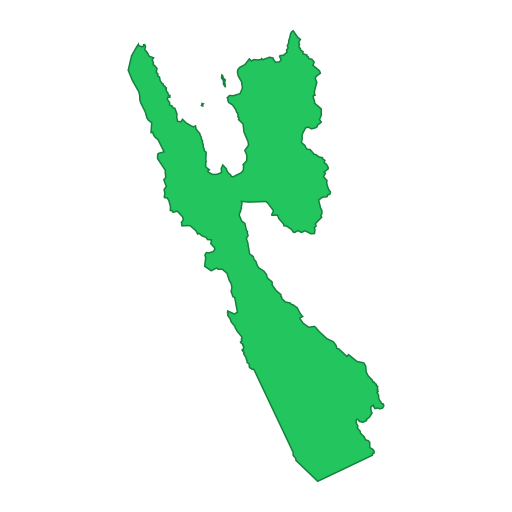 the district of Sveitarfélagið Skagafjörðu, Norðurland vestra, Iceland
{"feature_id": "244011B28940040244957", "entity_name": "Sveitarfélagið Skagafjörðu", "entity_type": "district", "adm_level": 2, "iso_a3": "ISL", "parent_name": "Iceland", "parent_adm1": "Norðurland vestra", "projection": "mercator", "projection_center": [-19.345, 65.497], "detail": "fine", "context": "isolated", "style": "filled", "palette": "green", "viewbox_px": 512, "rotation_deg": 0, "n_neighbors": 0, "source": "geoboundaries", "source_scale": "gbopen_adm2", "svg_char_len": 6010}
<svg xmlns="http://www.w3.org/2000/svg" viewBox="0 0 512 512"><path d="M321.3,122.2L319.5,119.6L321.3,115.3L321.2,108.8L314.6,103.2L314.6,101.4L313.1,96.9L313.3,95.8L315.1,95.2L314.4,93.5L314.6,90.6L316.8,82.4L315.2,78.1L316.3,76.3L320.4,73.2L319.5,70.8L312.9,65.3L314.2,62.1L311.8,59.2L309.1,58.7L308.2,56.9L307.2,56.5L306.9,55.0L303.1,53.8L302.7,52.6L303.2,51.8L300.5,50.0L300.5,48.7L298.9,46.8L299.5,44.5L298.7,42.1L300.4,39.4L297.4,37.0L293.2,30.7L291.4,32.1L290.4,34.4L289.8,37.6L288.7,40.5L288.7,42.8L287.3,45.8L288.1,48.0L286.5,50.1L287.1,52.1L283.4,55.3L280.0,55.6L279.6,56.7L281.2,59.5L279.4,61.9L275.7,62.3L273.7,59.9L273.0,58.0L269.5,57.2L263.0,59.7L261.6,58.6L261.3,59.4L258.2,60.0L253.6,59.6L251.4,61.0L249.3,58.9L244.8,64.7L239.8,67.3L237.8,69.7L237.4,72.0L238.2,75.9L241.6,81.9L242.4,88.2L240.1,93.6L233.3,95.7L229.5,95.5L227.2,97.8L227.9,98.3L227.9,100.5L228.6,102.4L232.6,105.0L235.6,109.4L236.7,112.3L237.6,112.7L237.6,114.1L238.3,114.8L237.8,116.6L239.2,118.2L238.5,119.6L243.0,123.8L244.0,132.1L248.1,141.8L248.5,145.3L244.8,150.4L246.9,155.4L246.7,160.7L243.0,164.7L243.6,165.7L243.3,170.2L241.3,172.7L232.9,176.9L231.3,176.3L230.6,174.8L228.4,173.1L227.0,171.0L226.4,168.9L222.8,165.0L221.2,168.6L221.6,172.3L220.4,173.0L216.6,174.4L212.5,174.4L208.1,172.0L207.8,171.0L208.2,170.2L207.8,169.9L209.1,170.8L208.8,170.3L209.4,169.8L206.1,167.3L205.7,165.8L205.7,162.8L206.2,161.7L205.8,159.7L206.2,152.3L204.3,150.6L204.0,148.3L203.3,147.1L203.2,144.5L202.4,142.6L202.5,140.7L201.7,139.8L201.1,136.9L199.9,134.6L200.0,133.8L196.1,129.1L195.5,125.9L193.6,126.9L190.4,125.5L185.9,122.7L182.5,119.3L180.9,121.8L177.5,121.3L176.7,117.0L177.0,114.1L174.9,108.3L173.3,108.0L171.9,105.8L169.6,105.1L169.6,102.5L167.3,99.3L168.0,97.1L169.9,97.3L169.9,95.4L168.5,95.1L167.6,92.3L167.0,92.1L166.1,89.9L166.4,88.0L165.6,88.0L165.0,86.3L163.4,85.6L163.2,83.9L162.1,83.5L160.2,80.8L159.5,77.0L157.6,75.8L157.9,73.9L156.0,72.0L156.5,71.3L156.8,70.0L156.6,69.1L157.0,68.6L154.7,65.6L153.2,64.7L153.4,62.7L152.2,59.8L153.6,57.8L149.2,56.3L147.4,52.6L146.7,52.6L146.5,51.4L144.7,49.8L145.5,46.6L144.7,44.6L143.6,44.7L143.4,46.2L142.5,46.8L138.8,45.8L138.4,44.2L136.7,46.8L131.6,55.7L128.2,70.2L132.5,80.7L138.8,91.7L139.7,95.7L139.8,99.6L140.5,102.4L145.2,111.8L147.0,118.1L148.3,120.1L151.7,122.7L151.0,132.6L152.8,132.4L153.2,134.2L154.7,136.8L158.1,139.8L164.1,151.8L158.4,153.4L157.7,154.3L157.5,158.5L165.4,170.4L165.2,172.4L165.8,177.3L163.8,179.8L166.4,186.5L164.1,189.4L164.9,193.8L164.2,196.8L164.9,197.8L167.2,197.8L168.9,200.8L170.4,206.2L170.3,210.6L171.9,210.5L173.0,212.3L177.3,211.2L182.7,217.0L183.3,219.9L181.4,222.4L181.8,223.9L181.8,225.8L190.0,225.6L195.8,230.6L197.7,234.1L199.2,233.4L201.8,235.7L206.1,237.4L207.6,239.6L211.5,239.9L210.8,243.7L214.5,247.7L214.8,248.8L214.5,250.1L212.8,251.8L208.3,252.9L206.7,252.5L205.5,253.6L204.9,255.4L205.7,257.4L204.7,266.3L211.2,270.8L216.6,268.0L218.2,269.3L222.2,269.2L227.0,273.3L229.0,279.8L231.3,284.0L231.9,288.0L231.1,291.5L233.0,296.8L234.7,297.5L237.4,312.2L234.5,314.0L227.7,311.0L227.5,313.0L228.1,313.7L227.7,315.3L230.1,318.8L231.3,322.1L235.0,326.5L235.2,327.8L237.7,331.9L241.8,336.8L241.9,338.5L241.3,339.1L241.9,340.7L240.5,342.0L240.6,342.6L242.7,344.0L243.0,344.5L242.6,345.0L243.9,347.1L243.4,348.1L243.4,349.6L242.4,349.6L242.7,350.3L242.3,350.5L244.3,353.0L243.7,353.8L246.0,357.5L246.5,359.2L246.3,359.6L247.1,360.9L247.1,362.5L248.7,363.7L249.5,365.5L249.2,366.8L249.8,367.7L252.2,369.3L253.8,369.2L293.1,452.2L293.2,455.5L295.6,458.1L296.0,460.5L317.7,481.3L372.5,455.2L372.5,453.4L373.9,453.3L374.2,451.4L373.1,449.6L369.8,447.6L369.7,442.3L368.3,440.7L365.5,439.8L364.2,436.8L360.6,433.3L360.2,431.3L357.3,428.0L357.9,426.2L356.5,423.6L356.0,420.9L356.8,419.2L358.5,419.9L359.3,421.4L362.9,422.3L366.6,420.5L366.5,419.3L369.3,417.4L372.1,412.9L371.3,411.6L370.6,407.4L373.0,405.1L374.9,408.6L377.4,408.0L380.2,408.8L382.6,408.0L383.8,406.1L383.4,404.0L381.8,403.6L379.1,399.5L378.5,396.7L378.7,395.5L377.0,392.3L378.1,391.6L377.3,390.5L377.9,389.8L377.4,389.0L377.7,386.3L376.4,385.8L376.3,384.3L374.7,383.3L374.4,382.2L372.8,382.0L372.5,380.3L368.1,375.8L366.2,371.9L365.7,366.0L363.8,362.9L356.9,361.4L348.5,354.6L347.0,356.5L338.9,349.0L336.7,348.3L336.1,345.5L333.4,341.8L326.8,338.6L318.7,331.1L315.3,327.0L314.2,326.4L308.8,327.3L303.3,323.4L299.8,318.5L300.3,317.5L302.7,316.6L300.3,313.7L297.1,307.7L292.9,304.7L291.6,304.7L290.3,303.0L285.4,302.0L281.9,298.7L281.6,296.9L280.8,296.6L281.0,294.7L276.2,290.6L272.5,285.4L272.1,284.7L272.4,283.3L271.8,281.6L267.7,278.3L267.0,277.1L266.6,274.7L263.9,271.1L258.8,267.9L257.3,265.6L255.8,261.2L254.0,259.4L253.2,256.5L249.6,253.9L247.7,242.4L246.6,239.6L246.6,237.7L248.1,235.7L247.3,232.9L247.5,231.6L246.4,230.2L244.9,223.4L241.8,221.2L239.2,215.2L239.9,212.2L240.6,211.6L240.5,210.2L241.4,208.7L241.3,207.0L242.0,203.4L241.4,201.4L248.9,202.1L265.8,201.5L267.8,203.1L273.2,210.3L273.2,211.7L271.8,214.3L271.9,215.3L277.5,215.1L278.8,218.5L283.4,223.8L283.9,225.8L286.5,226.0L291.6,229.6L293.3,232.1L294.7,232.5L297.8,230.6L301.6,232.5L304.8,230.7L311.0,233.8L314.5,233.5L315.0,229.8L314.3,227.7L316.1,226.1L315.4,223.7L321.7,217.2L320.8,215.7L321.9,213.6L321.9,210.6L320.7,208.3L318.6,200.2L322.4,197.2L327.1,196.7L327.8,194.7L329.7,194.4L330.2,193.3L330.5,192.0L328.4,189.0L327.0,184.6L326.7,182.8L327.0,180.5L323.5,176.7L325.4,173.4L324.1,172.2L328.3,168.7L328.1,167.1L326.2,164.0L324.5,163.0L324.3,162.4L324.9,160.4L323.0,159.1L322.4,157.6L319.3,157.1L315.9,154.6L314.2,154.3L310.2,149.6L306.6,149.0L304.7,145.2L301.9,143.0L301.5,141.2L302.2,139.2L302.1,135.7L302.6,133.5L305.6,127.9L308.2,127.1L311.5,128.9L315.6,127.8L317.0,126.9L317.7,125.0L321.3,122.2ZM225.6,87.3L225.0,85.8L225.2,84.9L224.7,82.3L225.3,79.9L223.3,78.1L222.6,75.5L221.9,75.0L221.5,77.8L223.4,80.7L223.5,84.3L225.6,87.3ZM203.3,103.8L202.0,103.5L202.1,104.6L201.2,104.5L201.9,104.9L201.5,105.5L202.7,106.0L202.7,104.5L203.3,103.8Z" fill="#22c55e" stroke="#15803d" stroke-width="1.5"/></svg>